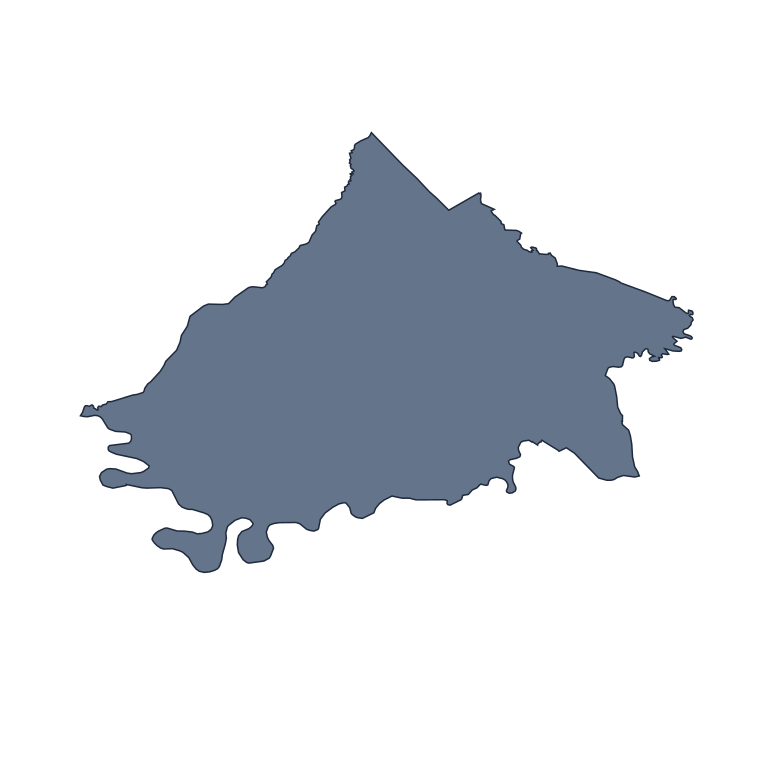 the district of Puerto Tejada, Cauca, Colombia, rotated 288°
{"feature_id": "7082276B86469624898936", "entity_name": "Puerto Tejada", "entity_type": "district", "adm_level": 2, "iso_a3": "COL", "parent_name": "Colombia", "parent_adm1": "Cauca", "projection": "equal_earth", "projection_center": [-76.412, 3.266], "detail": "fine", "context": "isolated", "style": "filled", "palette": "slate", "viewbox_px": 768, "rotation_deg": 288, "n_neighbors": 0, "source": "geoboundaries", "source_scale": "gbopen_adm2", "svg_char_len": 6171}
<svg xmlns="http://www.w3.org/2000/svg" viewBox="0 0 768 768"><g transform="rotate(288 384 384)"><path d="M391.4,642.9L403.4,638.2L410.9,634.3L415.7,630.9L419.0,623.4L421.9,621.7L422.1,622.3L427.7,620.6L428.9,618.3L434.2,613.4L443.7,609.3L453.4,603.9L455.0,602.5L458.8,596.8L460.4,591.8L468.2,592.2L469.5,593.1L471.4,596.4L472.5,602.0L473.8,604.5L475.4,605.1L481.8,604.6L483.8,605.2L485.1,607.1L485.5,612.1L486.2,613.2L487.6,613.6L491.0,612.0L491.9,612.6L491.6,615.6L489.4,618.4L489.4,619.4L490.5,620.0L494.4,619.9L498.3,621.9L498.7,623.4L498.5,624.4L496.3,625.3L494.8,627.3L494.0,632.7L492.3,630.0L490.1,628.6L488.7,629.4L488.4,632.2L489.9,636.1L491.7,638.7L492.6,638.4L493.7,636.9L494.2,637.1L494.5,639.3L495.2,640.3L495.9,640.3L497.2,638.8L498.8,639.4L499.6,644.3L500.4,645.6L504.4,640.1L504.7,648.5L506.3,654.7L507.2,656.4L508.7,656.6L510.2,655.1L510.6,648.5L511.1,647.5L512.0,647.4L515.2,649.5L517.2,644.8L518.2,643.8L518.8,644.6L519.1,652.3L521.8,656.6L521.4,661.9L522.0,662.8L523.1,662.9L524.1,661.8L524.5,659.6L524.5,653.8L526.4,652.0L528.6,652.5L530.8,655.6L535.0,657.6L537.8,657.2L540.4,658.2L542.3,656.7L543.1,653.6L543.8,653.2L544.8,654.0L545.2,655.7L545.9,656.2L547.7,655.6L548.6,654.2L548.3,650.8L545.2,651.5L544.7,649.8L547.8,641.0L546.9,637.0L549.1,634.7L553.0,632.9L554.0,633.3L554.4,635.1L555.2,635.7L555.9,635.2L556.8,633.0L556.1,630.8L552.2,629.9L551.3,629.2L550.7,627.4L552.3,604.4L553.3,578.1L554.0,576.2L554.6,571.5L555.4,551.6L552.3,534.0L551.2,516.8L549.5,512.3L551.7,511.8L556.7,507.9L558.1,503.5L559.9,501.6L559.1,500.0L558.3,500.3L557.5,498.8L555.8,491.5L558.1,488.7L558.1,487.8L559.9,487.2L560.3,486.2L560.1,483.2L559.7,481.9L559.0,481.4L557.2,484.4L556.2,483.1L555.1,483.9L554.6,481.3L555.4,479.0L555.3,475.2L556.6,472.3L558.3,471.2L560.6,466.8L561.6,466.3L563.7,468.3L568.8,467.6L570.0,468.2L570.9,465.1L571.0,462.5L568.0,452.0L568.1,451.2L572.5,448.8L572.8,446.0L574.8,445.0L578.7,437.3L578.9,435.8L581.1,432.9L581.9,432.5L584.2,434.9L585.7,420.9L588.8,418.9L593.4,418.0L595.3,416.9L594.5,416.2L595.0,415.2L569.3,391.9L577.3,376.0L580.9,367.7L589.7,351.7L598.0,334.2L619.2,294.3L615.7,293.8L613.4,292.8L608.2,286.9L603.3,282.7L601.9,282.3L598.5,283.1L597.2,282.5L595.8,280.7L594.2,282.3L592.8,279.9L588.4,282.8L586.5,282.0L585.3,283.0L583.4,282.8L582.6,284.8L581.3,284.5L579.0,285.9L578.2,288.8L577.2,289.7L575.6,287.9L574.4,289.6L573.6,286.9L573.0,287.1L572.4,288.9L570.7,288.0L569.1,288.9L568.0,288.4L567.1,289.7L566.0,287.7L564.7,287.9L563.4,289.0L562.5,287.8L560.8,287.6L559.0,285.7L555.7,287.2L553.0,284.5L549.3,286.1L547.3,286.2L545.8,284.9L543.4,281.1L542.2,281.1L541.0,282.5L540.0,282.4L536.1,279.0L523.9,273.5L517.7,271.6L516.0,273.1L513.8,271.2L508.0,271.7L503.6,269.6L495.4,268.8L493.0,266.5L489.9,261.6L488.9,261.1L487.6,261.3L482.0,258.3L479.6,255.5L477.1,255.3L474.5,253.7L472.9,253.4L471.0,251.8L468.0,251.7L465.4,250.5L459.1,245.2L455.5,244.5L454.0,243.6L450.9,243.6L444.7,240.5L443.1,242.3L441.9,241.2L439.8,240.8L438.0,238.8L436.2,230.1L435.2,227.4L433.7,225.3L420.5,215.3L412.4,211.4L409.8,205.9L405.7,192.2L402.4,188.3L388.4,178.6L378.2,179.1L367.5,176.3L360.8,177.1L352.0,176.3L338.1,169.4L333.5,169.0L326.9,167.3L314.0,161.4L311.1,159.3L305.9,157.8L303.0,158.0L301.5,157.5L298.0,152.7L295.6,148.1L283.2,130.5L281.8,126.9L279.2,126.1L277.0,122.7L275.2,122.2L274.8,119.7L274.4,119.3L272.9,119.1L270.9,120.0L270.6,118.6L271.2,117.5L271.3,115.7L273.0,114.6L273.9,113.2L273.6,112.3L271.7,110.7L271.5,107.9L271.0,106.7L269.2,106.1L264.0,106.1L260.0,105.1L260.3,108.5L261.3,112.3L264.8,118.6L265.4,121.8L265.0,124.4L263.8,126.8L256.9,134.9L256.2,136.7L256.0,143.4L258.4,152.8L258.1,158.0L257.7,159.0L256.4,159.9L253.5,160.8L251.3,160.8L248.9,159.6L240.7,142.1L238.7,141.2L236.3,142.1L235.5,143.1L234.9,145.7L234.5,151.3L236.7,171.9L236.0,179.2L233.5,186.0L231.3,186.0L226.4,182.3L224.5,179.9L220.7,171.7L219.9,167.2L220.3,155.4L218.8,149.4L217.2,146.4L212.4,142.7L208.2,142.0L204.9,143.9L201.0,148.0L200.8,152.4L201.2,158.4L207.4,169.5L208.0,170.3L208.8,169.9L210.5,185.8L211.7,190.6L216.4,203.6L217.9,211.3L217.2,215.0L206.4,225.7L204.5,230.0L204.2,234.4L204.5,237.3L205.5,240.5L205.8,252.6L205.4,256.7L204.0,259.8L201.1,262.5L197.1,264.6L195.6,264.9L192.4,264.5L188.9,262.2L185.5,256.8L183.8,252.6L184.0,247.6L182.4,239.6L180.3,232.8L180.0,222.3L179.2,220.2L174.4,215.0L172.2,213.3L169.2,211.8L165.5,211.3L164.3,211.6L162.2,214.2L160.2,218.1L159.0,222.0L158.9,225.2L162.0,233.7L162.2,241.3L161.8,244.7L158.6,251.9L152.9,258.0L150.0,262.4L148.8,266.2L149.3,271.3L151.5,276.3L154.5,280.5L157.0,282.9L159.6,283.8L166.4,284.0L171.8,283.0L182.9,282.5L188.8,281.7L193.3,279.6L199.7,279.2L201.7,280.0L208.5,284.6L212.8,290.0L213.7,294.1L213.5,298.6L211.0,302.5L209.6,302.7L207.5,302.0L204.7,300.2L199.7,294.4L194.8,292.6L191.0,292.8L185.6,294.2L178.7,297.8L173.4,304.2L171.8,308.6L172.0,311.1L178.5,324.5L182.9,328.7L185.6,329.3L193.7,329.7L196.1,328.1L199.6,323.0L202.3,320.4L206.8,317.8L212.5,318.0L214.7,319.0L217.6,322.8L219.8,327.4L225.1,343.1L225.1,347.0L221.9,355.4L221.9,359.3L222.5,362.9L225.0,365.9L226.4,366.4L235.6,365.3L243.1,367.8L251.0,373.4L256.1,378.3L258.8,382.7L259.0,384.7L255.8,389.6L250.9,392.7L250.0,394.2L248.8,397.8L248.7,400.3L249.5,405.0L258.4,414.2L263.1,414.4L268.8,416.6L273.8,420.0L279.9,426.2L281.0,436.5L283.3,443.5L283.7,450.3L292.7,477.5L292.5,480.2L289.9,480.9L289.0,481.9L289.2,484.3L297.5,492.8L298.6,493.4L302.4,493.3L305.0,498.3L310.5,500.7L314.0,504.5L318.6,506.7L319.2,512.7L320.1,513.9L324.3,513.8L327.2,515.1L330.2,520.1L330.6,526.2L330.0,529.0L328.5,531.3L326.4,533.0L324.3,533.7L320.2,533.4L319.2,534.2L318.8,536.8L320.2,539.8L323.0,542.0L325.0,541.9L326.8,541.0L330.9,537.0L333.9,535.4L337.0,534.4L344.8,533.9L345.7,532.8L346.5,528.2L348.9,526.3L350.8,527.1L354.3,533.0L356.8,535.7L359.0,535.7L362.2,532.7L365.1,531.3L370.8,532.1L372.8,534.1L375.3,539.2L374.5,542.6L375.0,542.8L373.4,548.9L374.0,548.7L377.1,550.2L377.3,551.2L379.3,551.4L374.8,570.0L374.1,571.3L379.7,577.1L377.1,586.4L360.9,617.3L361.3,625.6L362.6,629.7L364.4,632.5L367.2,634.8L371.0,640.0L373.0,651.2L375.4,655.2L379.0,652.3L382.7,648.0L391.4,642.9Z" fill="#64748b" stroke="#1e293b" stroke-width="1.5"/></g></svg>